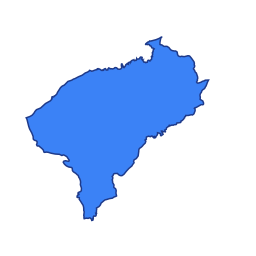 Bazartete, Liquica, East Timor (Mercator projection), rotated 339°
{"feature_id": "22284137B77878310699205", "entity_name": "Bazartete", "entity_type": "district", "adm_level": 2, "iso_a3": "TLS", "parent_name": "East Timor", "parent_adm1": "Liquica", "projection": "mercator", "projection_center": [125.444, -8.63], "detail": "fine", "context": "isolated", "style": "filled", "palette": "blue", "viewbox_px": 256, "rotation_deg": 339, "n_neighbors": 0, "source": "geoboundaries", "source_scale": "gbopen_adm2", "svg_char_len": 5747}
<svg xmlns="http://www.w3.org/2000/svg" viewBox="0 0 256 256"><g transform="rotate(339 128 128)"><path d="M192.3,54.6L191.9,55.1L190.5,55.2L189.9,55.5L185.8,55.6L180.4,55.0L179.3,54.5L178.6,55.0L177.2,54.9L174.7,55.8L174.4,56.3L174.6,56.5L175.7,56.7L176.2,57.2L176.9,57.1L177.3,57.6L177.8,57.9L178.0,59.1L178.8,59.7L179.0,61.8L180.1,62.5L180.8,63.5L179.5,64.1L178.9,65.6L178.5,65.7L178.1,66.4L177.6,66.6L177.8,67.0L177.3,67.8L177.3,68.3L176.4,69.1L176.5,69.6L175.7,69.8L175.9,70.1L175.5,70.1L175.6,70.4L175.1,71.0L174.8,72.1L174.4,72.5L173.4,72.6L172.7,73.0L172.5,73.3L172.3,73.2L171.7,72.2L171.1,72.0L170.1,72.6L169.6,73.5L167.9,73.3L167.6,72.6L166.6,72.4L166.4,72.1L166.4,70.9L166.0,70.5L165.8,69.7L165.8,69.4L166.2,69.3L165.7,69.1L165.5,68.6L166.5,67.2L166.3,66.8L165.1,66.3L164.3,66.6L163.9,67.5L161.9,67.2L161.1,66.9L161.0,66.3L160.3,67.5L160.1,67.6L160.0,67.3L159.2,67.6L158.1,67.4L158.0,66.4L157.5,66.6L156.9,66.3L155.5,66.4L154.5,66.9L154.2,67.4L153.9,67.1L153.7,67.2L153.6,67.4L153.7,67.6L153.5,67.8L153.5,67.6L153.0,67.4L152.9,67.1L152.1,67.1L151.4,67.7L151.4,68.1L151.3,68.4L151.2,68.2L150.8,68.2L150.7,67.7L150.5,67.8L150.5,67.6L150.1,67.7L150.1,68.2L150.0,67.7L148.9,68.2L148.7,68.1L147.2,69.6L146.6,69.6L146.0,70.2L145.6,69.9L145.7,68.6L145.3,67.8L145.5,67.4L145.3,66.7L145.0,66.3L145.2,66.0L144.9,65.9L144.3,66.9L144.0,68.0L143.9,69.0L143.7,69.3L144.0,69.2L143.9,69.4L142.5,70.2L141.4,70.2L139.7,69.5L139.6,68.9L138.8,67.6L137.7,67.0L137.2,67.0L136.3,67.4L134.7,67.3L133.2,66.4L132.6,66.4L132.1,65.5L131.5,65.0L130.5,65.6L130.0,66.5L128.9,66.3L128.4,66.0L128.4,64.9L128.1,64.4L127.0,64.4L126.4,64.6L126.0,65.3L125.3,65.3L125.1,65.2L125.2,64.8L124.9,64.6L124.2,64.9L123.9,64.7L122.6,62.7L121.9,62.6L121.5,62.0L121.2,62.1L120.8,61.7L120.5,61.7L120.2,62.3L119.9,62.4L118.4,62.1L115.3,62.1L114.3,61.9L114.0,61.4L112.7,60.4L112.2,60.9L110.3,61.3L107.8,61.3L104.2,62.3L100.3,62.4L95.9,62.9L94.7,62.8L92.4,63.2L88.6,63.0L84.0,65.1L81.6,65.3L79.5,66.1L74.9,69.5L73.8,70.7L71.6,71.7L70.5,71.7L70.3,72.1L69.9,72.3L69.2,72.2L68.7,71.7L68.2,71.7L67.8,72.5L67.4,72.8L67.6,73.4L67.3,73.7L65.3,74.8L59.7,75.6L53.6,78.0L49.1,78.1L47.2,79.1L45.4,80.5L43.1,81.7L40.6,82.1L36.6,82.0L36.8,83.6L35.9,90.8L35.8,93.6L36.4,98.3L36.4,101.9L35.6,104.4L35.8,105.1L36.5,106.1L37.6,106.9L38.0,107.5L38.2,108.3L37.6,109.7L36.7,110.7L36.7,111.9L37.0,112.3L38.3,112.8L40.1,116.0L41.0,118.0L40.9,120.4L41.5,120.9L43.1,121.2L44.8,122.1L47.2,124.0L50.7,126.2L54.6,128.0L56.3,129.9L56.7,130.0L57.9,129.9L58.9,130.7L60.6,132.8L61.4,136.3L61.5,137.0L61.3,137.5L61.0,137.7L60.4,137.7L57.8,136.1L56.0,136.0L55.3,136.7L55.5,138.1L55.8,139.2L56.9,141.3L58.6,143.1L61.2,144.7L61.5,145.6L60.9,147.8L61.1,148.8L61.7,149.9L63.0,151.6L63.9,153.6L64.4,154.2L64.5,154.7L64.4,156.3L64.7,157.7L64.7,160.1L64.3,161.7L63.2,163.9L63.0,167.4L62.2,169.2L62.0,169.7L61.0,170.3L58.5,170.4L58.0,170.8L57.9,171.1L58.5,172.0L58.3,172.6L57.9,172.7L57.1,172.5L56.5,172.9L55.9,173.7L55.7,174.5L56.0,174.8L57.0,175.0L57.6,175.5L56.9,177.2L57.3,178.5L58.4,184.2L58.1,186.4L57.1,189.3L57.1,190.5L55.4,193.7L55.1,195.3L54.6,196.2L54.6,197.0L56.7,197.2L58.4,198.1L60.0,198.1L60.4,198.4L61.2,200.1L61.0,201.3L62.0,201.5L62.3,201.3L62.5,200.4L62.8,200.6L63.2,200.0L63.5,198.8L64.5,198.0L66.1,198.6L66.7,198.4L67.3,197.4L67.3,196.7L67.5,196.9L68.2,196.3L68.0,195.3L68.6,194.7L69.0,193.6L69.5,192.9L69.9,191.4L72.6,191.0L73.5,190.6L74.8,189.8L75.8,188.6L76.2,188.4L80.2,187.0L81.2,186.9L82.2,187.1L85.5,187.3L88.2,187.9L90.5,187.4L92.3,187.5L93.0,187.3L93.4,184.5L94.5,182.3L94.7,180.8L94.5,180.0L93.6,178.7L93.5,178.1L94.5,176.2L94.1,173.4L94.6,172.0L94.7,170.6L95.3,170.2L96.0,169.0L95.9,167.5L96.8,167.2L98.0,165.9L98.5,165.7L98.9,165.8L99.5,165.7L100.4,166.2L101.7,166.5L102.8,168.7L103.8,169.7L105.2,170.3L105.9,170.2L107.7,169.7L111.1,167.7L114.3,166.1L118.1,164.8L119.1,163.9L121.2,162.6L121.3,161.1L122.3,159.9L124.8,159.5L127.5,157.7L129.7,153.6L130.2,152.4L130.8,151.6L132.2,150.9L133.1,150.8L134.9,150.1L136.4,149.2L138.6,148.3L139.8,146.9L139.6,145.3L139.8,145.2L140.8,145.3L141.1,145.1L141.1,144.7L142.0,143.0L144.2,143.0L145.1,143.7L145.7,143.8L146.0,144.2L147.3,144.0L147.8,144.4L148.2,145.8L148.5,146.1L148.9,145.4L149.5,145.2L149.9,145.9L148.9,146.3L148.8,146.6L149.6,146.9L150.6,146.6L151.1,145.9L152.3,145.3L153.1,144.7L153.7,143.7L153.9,143.0L156.4,144.8L155.8,145.9L155.8,146.8L156.2,147.1L158.5,146.5L158.1,142.9L158.7,143.0L159.5,144.2L160.4,144.2L161.4,145.0L161.6,144.9L161.6,143.1L163.2,143.0L164.1,141.6L165.8,141.1L166.7,141.2L167.1,140.9L167.3,140.3L167.9,140.4L168.1,141.0L170.1,141.0L171.1,141.6L172.4,141.5L174.0,142.0L174.6,141.8L175.5,140.8L176.6,141.2L179.0,141.7L179.7,141.2L179.8,140.6L180.6,140.4L181.0,140.5L183.1,139.7L183.7,139.0L184.5,138.8L184.9,138.0L186.1,137.6L186.4,137.0L188.8,137.9L191.9,138.3L192.7,138.9L193.9,138.7L194.7,138.3L196.8,136.0L197.4,134.3L197.0,133.4L197.3,133.2L199.5,133.2L204.6,132.4L206.3,133.1L206.9,132.9L207.5,131.8L207.5,129.6L205.6,127.1L206.6,125.0L206.7,123.8L207.2,122.7L208.0,121.8L209.4,120.9L210.4,119.6L211.8,119.0L213.0,118.8L213.9,118.4L215.3,117.1L215.9,116.8L218.8,113.5L220.4,112.1L217.1,111.0L216.6,111.3L214.0,111.1L213.0,111.4L209.9,111.3L209.2,111.1L208.7,110.6L208.5,109.6L209.9,108.4L210.0,107.7L210.8,106.8L211.3,105.3L211.5,101.2L210.8,99.9L210.8,97.8L210.3,96.5L210.4,96.0L211.8,95.0L212.3,94.4L212.6,93.5L212.4,93.0L213.2,91.2L213.3,89.7L212.3,85.7L211.4,83.1L211.0,82.6L209.8,82.0L206.3,81.6L204.6,80.8L204.0,80.3L202.4,80.1L201.4,79.4L200.8,78.7L200.6,77.3L201.1,74.7L200.6,73.8L199.9,73.1L198.8,72.7L197.2,71.7L196.3,70.9L195.7,69.8L195.0,67.5L193.6,65.7L190.8,64.7L189.4,62.6L188.1,61.8L187.8,61.5L188.5,59.5L190.8,55.8L191.9,55.4L192.3,54.6Z" fill="#3b82f6" stroke="#1e3a8a" stroke-width="1.5"/></g></svg>